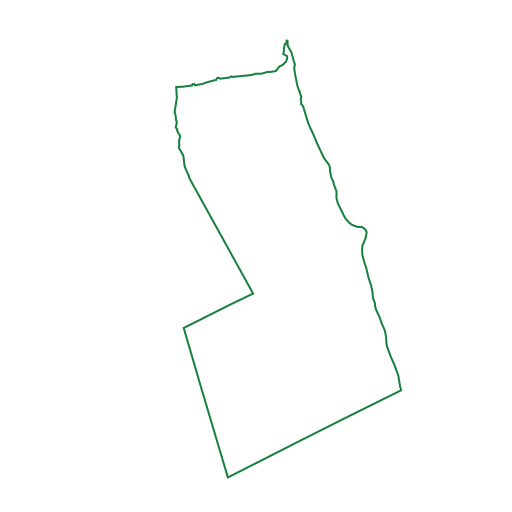 Aleipata itupa i Luga, Atua, Samoa, rotated 242°
{"feature_id": "51752279B27667429376440", "entity_name": "Aleipata itupa i Luga", "entity_type": "district", "adm_level": 2, "iso_a3": "WSM", "parent_name": "Samoa", "parent_adm1": "Atua", "projection": "robinson", "projection_center": [-171.453, -14.031], "detail": "fine", "context": "isolated", "style": "outline", "palette": "green", "viewbox_px": 512, "rotation_deg": 242, "n_neighbors": 0, "source": "geoboundaries", "source_scale": "gbopen_adm2", "svg_char_len": 1646}
<svg xmlns="http://www.w3.org/2000/svg" viewBox="0 0 512 512"><g transform="rotate(242 256 256)"><path d="M69.3,321.1L73.1,322.0L84.0,325.6L95.8,327.2L102.7,327.6L114.2,329.1L117.8,330.2L122.3,332.4L127.1,334.0L130.7,334.9L137.4,335.3L143.7,336.4L152.1,336.8L155.5,337.5L159.1,339.0L163.4,339.4L170.0,342.1L176.1,343.8L184.2,345.2L194.3,347.9L197.8,348.3L207.1,350.4L212.2,352.9L215.2,354.8L220.3,361.1L225.0,364.9L227.1,365.1L230.1,364.2L232.2,362.8L233.9,359.4L238.1,355.6L241.4,354.0L246.5,352.7L249.0,352.5L264.4,353.0L269.8,354.4L275.2,357.4L282.4,358.3L285.6,359.2L289.5,359.2L296.4,361.3L299.0,362.6L302.0,363.3L310.4,362.0L326.9,362.8L336.4,363.7L347.0,364.3L352.5,365.2L366.3,367.9L369.1,367.2L371.0,368.4L373.8,369.2L375.0,370.7L379.4,371.2L380.6,371.9L381.4,371.5L387.4,372.6L399.3,376.2L404.1,378.0L407.1,380.4L410.1,380.8L419.5,382.9L425.1,382.6L427.0,382.8L431.1,384.8L431.8,384.2L429.3,382.2L429.6,381.0L425.9,377.9L424.5,377.4L421.7,374.9L417.7,377.3L415.5,376.0L413.6,373.8L412.2,369.5L412.3,365.4L410.0,360.4L411.6,355.5L413.1,352.6L414.5,346.1L417.0,341.6L417.9,337.3L419.6,332.8L425.1,319.5L426.2,318.5L426.0,316.5L429.3,307.7L430.9,306.7L431.3,305.0L430.2,303.7L432.2,295.1L433.2,289.1L435.3,282.3L436.7,282.3L437.5,280.7L436.6,279.7L439.9,270.7L442.7,264.9L432.7,260.3L421.3,251.7L418.2,251.1L413.5,249.2L411.2,248.9L407.2,245.5L404.8,246.0L403.5,245.1L397.3,245.3L393.4,241.8L390.0,240.5L387.8,238.7L378.6,238.9L368.8,235.1L362.8,234.5L358.2,234.3L356.0,233.7L224.2,235.8L225.2,210.2L225.8,183.6L226.4,158.4L171.1,146.9L73.7,127.2L72.3,202.9L71.1,257.8L69.3,321.1Z" fill="none" stroke="#15803d" stroke-width="2"/></g></svg>